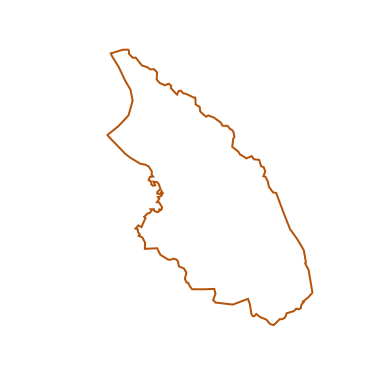 Añasco, Puerto Rico, rotated 51°
{"feature_id": "32010507B40456711023422", "entity_name": "Añasco", "entity_type": "district", "adm_level": 2, "iso_a3": "PRI", "parent_name": "Puerto Rico", "parent_adm1": "", "projection": "albers", "projection_center": [-67.133, 18.283], "detail": "fine", "context": "isolated", "style": "outline", "palette": "amber", "viewbox_px": 384, "rotation_deg": 51, "n_neighbors": 0, "source": "geoboundaries", "source_scale": "gbopen_adm2", "svg_char_len": 2396}
<svg xmlns="http://www.w3.org/2000/svg" viewBox="0 0 384 384"><g transform="rotate(51 192 192)"><path d="M325.9,150.4L318.7,149.0L318.4,147.8L307.5,141.7L297.2,140.2L294.1,139.8L282.7,139.2L268.5,134.8L245.7,127.2L243.2,129.3L236.2,128.9L232.0,126.6L226.4,125.3L224.7,126.6L222.1,122.1L217.7,120.6L215.6,122.1L209.3,119.6L205.5,123.3L201.6,123.1L200.1,128.6L194.5,130.4L193.3,131.1L189.9,130.6L182.2,132.3L180.1,130.1L176.4,126.2L176.0,124.5L171.4,122.0L168.5,121.9L166.9,122.8L163.1,122.7L159.5,126.7L156.4,125.9L148.1,128.1L142.8,131.1L142.3,133.7L135.6,134.9L134.4,134.8L130.6,132.5L126.4,134.1L121.0,130.2L120.5,130.1L119.9,131.1L111.8,135.0L109.8,136.7L106.0,137.0L105.2,139.1L106.9,142.3L104.7,142.6L97.8,143.0L96.4,141.3L93.3,141.9L91.9,146.0L86.7,148.6L82.2,148.6L77.2,143.9L72.7,144.2L70.4,147.3L66.7,148.3L62.3,151.3L52.2,151.2L50.3,153.6L44.8,154.0L44.0,153.1L41.8,151.9L41.1,152.1L37.8,156.4L33.2,167.9L35.7,168.6L36.1,168.7L47.2,170.1L48.2,170.2L50.8,170.8L63.1,173.8L74.0,175.5L77.0,177.1L80.9,179.2L83.7,180.7L90.4,190.2L92.5,193.2L92.9,195.8L94.5,207.3L94.5,211.9L94.5,221.3L94.5,221.8L96.7,221.9L120.4,219.8L126.7,218.3L137.5,214.4L140.1,212.2L141.2,211.2L144.8,209.6L150.8,210.3L153.3,212.5L155.5,212.5L153.8,215.0L155.5,218.2L158.5,217.2L160.5,218.8L162.5,218.5L163.6,216.4L159.8,215.3L162.4,212.9L165.3,212.9L169.7,214.6L170.3,219.3L171.6,220.0L173.6,217.6L172.2,215.1L174.6,215.4L175.7,218.6L174.5,221.8L176.7,221.7L177.9,225.6L179.4,224.1L185.2,224.9L186.5,227.0L184.4,228.8L186.2,228.3L186.1,231.4L183.1,233.2L181.4,232.5L179.4,235.0L180.9,235.1L181.7,238.0L180.7,240.0L181.2,244.8L182.9,244.4L185.2,249.0L187.5,253.3L184.2,254.7L184.9,258.9L186.8,257.6L189.0,259.1L192.3,259.4L192.5,261.0L195.9,259.2L201.7,260.3L206.5,264.4L213.8,254.5L220.9,256.1L229.4,253.1L231.0,251.5L232.4,248.1L234.7,246.6L237.1,246.5L241.5,249.0L246.4,246.4L251.2,247.1L254.9,252.1L258.8,253.2L260.1,252.1L264.4,253.1L267.3,253.0L267.7,253.1L276.1,242.7L281.3,235.7L285.9,237.8L289.2,243.5L292.7,243.3L300.8,235.4L304.6,231.7L305.2,231.0L310.3,215.7L315.5,217.6L324.2,222.6L326.7,222.9L327.7,221.7L327.3,218.8L332.0,217.8L338.0,214.5L343.8,214.4L346.9,212.2L346.0,203.9L347.8,201.7L348.0,198.3L345.8,194.7L348.6,188.0L348.3,184.4L350.0,183.4L350.8,180.7L348.3,177.7L347.9,174.5L346.9,174.6L347.1,173.5L347.0,167.8L346.1,161.8L325.9,150.4Z" fill="none" stroke="#b45309" stroke-width="2"/></g></svg>